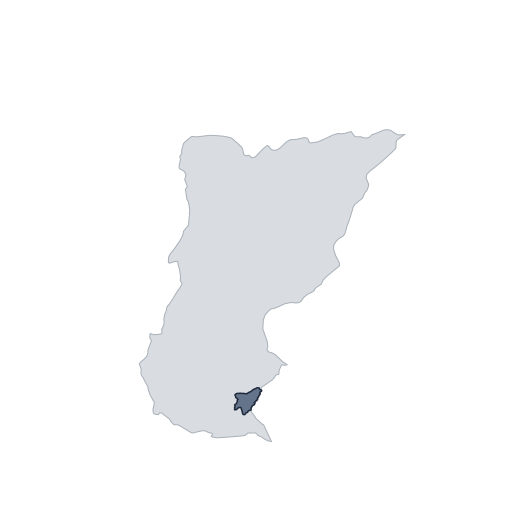 Bambio, Sangha-Mbaéré, Central African Republic (highlighted), rotated 308°
{"feature_id": "33826404B86044426841106", "entity_name": "Bambio", "entity_type": "district", "adm_level": 2, "iso_a3": "CAF", "parent_name": "Central African Republic", "parent_adm1": "Sangha-Mbaéré", "projection": "albers", "projection_center": [16.839, 3.876], "detail": "fine", "context": "in_parent", "style": "filled", "palette": "slate", "viewbox_px": 512, "rotation_deg": 308, "n_neighbors": 0, "source": "geoboundaries", "source_scale": "gbopen_adm2", "svg_char_len": 6441}
<svg xmlns="http://www.w3.org/2000/svg" viewBox="0 0 512 512"><g transform="rotate(308 256 256)"><path d="M345.4,195.7L349.7,196.7L350.4,198.0L349.3,202.3L350.1,204.9L352.5,207.2L355.0,208.1L357.3,208.6L365.4,209.9L368.7,211.5L373.2,216.4L378.8,220.9L380.2,223.3L379.9,225.5L378.3,228.1L378.6,229.2L381.2,231.9L384.1,234.5L389.5,237.5L398.8,242.2L403.1,245.3L404.6,247.7L407.0,250.3L410.3,252.6L412.6,254.4L411.1,259.7L411.6,261.4L412.4,262.8L414.4,264.9L415.2,267.5L417.2,270.8L419.5,272.2L423.3,272.8L425.3,274.3L429.6,276.8L433.7,279.0L435.4,280.6L436.5,282.0L437.5,283.6L438.0,285.2L438.1,288.7L438.8,293.1L441.1,296.1L443.1,298.3L434.8,295.8L433.5,295.8L432.1,296.2L427.8,299.4L426.4,299.8L420.9,299.2L407.6,296.9L397.4,294.6L394.3,293.8L388.9,293.0L385.3,294.7L382.0,300.3L381.0,301.4L375.7,303.1L373.2,302.7L367.1,304.3L357.6,302.1L354.2,302.5L351.5,303.7L344.7,306.3L340.6,307.8L335.8,309.2L331.3,311.2L328.2,312.3L325.2,312.4L322.5,311.2L319.5,310.3L315.9,310.1L312.2,310.7L309.1,313.0L307.9,314.6L305.2,318.8L302.0,325.7L300.7,327.1L299.6,327.8L284.7,324.5L278.3,323.7L274.0,324.8L268.6,322.9L266.2,322.6L265.1,323.2L262.1,322.4L257.2,320.0L252.5,319.1L248.3,319.4L245.7,318.6L243.6,316.4L240.9,312.2L236.1,308.1L229.6,304.8L225.5,302.3L223.9,300.6L220.4,299.7L215.1,299.5L210.0,301.2L202.6,306.4L195.8,317.1L192.0,321.1L189.0,322.2L188.2,324.8L189.7,328.9L190.1,333.6L189.1,341.5L189.5,347.3L187.9,346.4L186.3,343.7L185.6,343.2L181.0,344.4L178.7,345.5L177.4,346.6L176.5,346.7L175.1,345.3L173.9,345.0L172.1,345.3L170.3,345.3L169.2,345.1L168.4,345.2L166.2,344.3L158.5,342.1L157.1,341.3L155.6,341.4L151.6,343.4L149.4,343.9L143.0,345.1L136.1,345.7L133.5,345.8L131.7,346.6L130.5,347.8L128.4,355.2L127.8,356.5L127.9,358.3L127.3,364.2L127.6,366.1L119.3,382.4L117.9,379.7L117.1,376.5L116.8,372.9L116.9,371.9L116.4,370.8L115.7,367.8L116.4,365.9L115.8,363.9L114.2,361.9L112.8,360.4L111.9,359.0L111.2,358.5L109.6,358.3L107.5,357.6L98.4,348.0L88.8,337.3L86.9,333.8L86.1,331.8L88.5,331.5L89.1,331.2L89.1,330.2L87.7,327.5L87.0,324.0L85.8,321.8L82.1,318.6L78.5,316.0L77.4,314.8L76.8,312.9L75.4,301.3L74.8,298.1L73.7,296.6L72.9,295.9L72.6,295.1L72.8,293.1L73.2,291.2L73.2,290.5L74.2,288.9L74.2,278.2L73.1,276.7L70.9,276.7L69.8,275.1L68.9,273.1L69.1,271.8L71.2,269.6L72.6,268.7L76.6,267.0L77.8,266.2L78.5,265.1L78.9,263.7L81.3,258.2L84.8,252.7L86.3,251.6L89.8,243.5L90.7,241.5L91.3,239.4L92.4,237.8L96.3,235.0L99.2,230.3L102.3,230.5L105.5,231.3L109.7,231.7L112.9,230.7L115.0,228.9L125.0,225.7L125.8,223.1L127.4,221.7L129.2,220.6L129.8,220.4L130.0,221.3L131.1,223.9L133.4,226.6L136.7,229.5L137.7,229.3L139.7,227.1L145.0,225.7L146.3,225.1L150.0,221.9L154.5,219.8L157.1,219.1L161.6,217.0L164.8,217.3L169.9,216.9L178.5,215.9L184.7,215.5L187.9,215.1L188.7,214.7L189.9,211.6L190.8,210.8L193.1,209.4L197.7,204.7L200.7,200.8L201.6,199.4L202.2,199.1L203.5,197.5L202.2,195.8L197.1,192.3L197.2,191.8L196.9,191.2L197.1,190.8L199.1,189.3L201.7,187.7L204.5,187.1L211.8,187.2L218.1,186.8L219.5,186.9L224.4,186.1L227.7,185.3L231.1,183.6L238.9,183.8L245.3,179.5L247.2,178.7L248.0,178.0L248.2,177.4L251.2,175.7L254.6,172.2L257.3,169.0L258.0,166.8L265.2,159.2L267.8,159.4L269.0,158.4L271.9,153.4L272.8,152.5L275.8,151.6L277.2,150.1L278.4,147.9L278.4,145.1L277.8,142.9L277.8,141.9L278.5,140.9L279.7,139.9L285.2,137.2L286.6,135.9L287.4,134.7L289.0,134.5L290.7,134.6L291.8,133.8L293.0,132.6L296.8,130.9L300.3,129.6L304.1,130.1L310.8,131.7L312.9,135.3L313.9,136.5L322.3,144.9L323.9,146.9L328.1,153.1L330.7,157.2L333.6,163.1L333.9,166.4L333.6,169.2L333.1,177.0L332.3,179.3L328.7,183.6L328.5,185.5L329.3,187.1L330.4,187.7L331.1,188.5L330.7,192.2L332.1,193.6L334.8,194.6L341.8,195.2L345.4,195.7Z" fill="#d9dde1" stroke="#a8b0b8" stroke-width="1"/><path d="M154.0,339.9L153.3,338.6L152.8,338.0L152.0,337.5L151.2,337.4L150.4,336.7L149.6,336.3L149.0,336.1L148.4,336.0L147.9,335.7L147.2,335.7L145.4,335.2L145.0,334.7L143.6,334.1L143.2,334.0L142.4,333.9L142.2,333.7L141.6,333.2L141.2,332.7L140.9,332.3L140.2,331.0L138.7,329.0L138.1,327.9L137.3,327.3L136.4,326.0L135.7,325.4L134.5,325.0L133.6,324.9L133.0,326.0L132.0,327.3L132.1,328.9L132.0,330.0L131.6,330.0L130.8,330.0L130.5,330.3L129.7,331.0L128.6,331.1L128.0,331.3L127.4,331.3L126.9,331.3L126.5,331.2L126.2,331.0L125.9,330.8L125.6,330.9L124.7,332.0L124.2,332.2L123.9,332.2L123.6,332.3L123.4,332.4L123.1,332.7L123.0,333.0L122.7,333.2L122.5,333.3L122.2,333.5L121.9,333.5L121.7,333.7L121.7,333.9L121.9,334.0L122.3,334.4L122.5,334.7L122.9,335.2L123.7,335.3L124.4,335.3L125.0,335.4L125.7,335.7L126.0,335.9L126.6,336.4L127.0,336.8L127.3,337.4L124.6,341.3L124.3,341.6L124.1,341.9L123.8,342.1L123.6,342.5L123.4,342.9L123.3,343.2L123.3,343.5L123.3,343.8L123.5,344.1L123.7,344.4L123.9,344.5L124.1,344.7L124.4,344.9L124.8,344.9L125.1,344.9L125.4,344.8L125.6,344.8L126.1,344.7L126.4,344.8L126.6,344.9L126.8,345.2L127.2,345.3L127.5,345.4L127.8,345.5L128.1,345.5L128.7,345.3L128.8,345.4L129.1,345.4L129.3,345.5L129.9,345.6L130.0,345.6L130.3,346.0L130.5,346.2L130.9,346.5L131.6,346.9L131.8,346.8L132.0,346.7L132.3,346.4L132.5,346.2L132.8,346.0L133.0,345.9L133.2,345.7L133.4,345.7L133.5,345.7L133.8,345.6L134.1,345.5L134.4,345.5L134.6,345.5L134.8,345.5L135.1,345.5L135.3,345.5L135.6,345.4L135.9,345.3L136.0,345.3L136.3,345.4L136.4,345.5L136.5,345.6L136.8,345.7L136.9,345.8L137.0,345.9L137.1,346.0L137.4,346.1L137.6,346.1L137.8,346.0L138.0,346.0L138.3,346.0L138.5,346.0L138.8,346.1L139.1,346.0L139.2,345.9L139.2,345.7L139.1,345.4L139.1,345.2L139.2,344.9L139.4,344.9L139.5,344.9L139.9,345.0L140.0,345.0L140.3,345.1L140.5,345.2L140.8,345.2L141.0,345.2L141.3,345.1L141.6,345.1L141.8,345.1L142.0,345.3L142.2,345.5L142.3,345.6L142.6,345.7L142.9,345.6L143.0,345.6L143.3,345.4L143.4,345.5L143.6,345.5L143.9,345.6L144.0,345.6L144.2,345.4L144.3,345.3L144.4,345.2L144.5,345.1L144.6,344.9L144.8,344.7L145.0,344.6L145.3,344.6L145.5,344.6L145.7,344.8L145.9,344.8L146.1,344.8L146.3,344.8L146.4,344.7L146.6,344.7L146.8,344.6L147.0,344.5L147.2,344.4L147.4,344.3L147.6,344.3L147.9,344.4L148.0,344.5L148.3,344.5L148.5,344.4L148.8,344.3L149.2,344.3L149.3,344.3L149.5,344.3L149.8,344.3L149.9,344.2L150.0,344.0L150.1,343.9L150.2,343.7L150.3,343.5L150.3,343.4L150.5,343.2L150.8,343.1L151.0,343.0L151.4,343.0L151.5,343.1L151.8,343.2L152.0,343.2L152.1,343.3L152.3,343.5L152.6,343.6L152.8,343.6L153.1,343.5L153.2,343.4L153.3,343.4L153.5,343.1L153.7,342.9L153.3,341.3L153.4,340.7L153.8,340.1L154.0,339.9Z" fill="#64748b" stroke="#1e293b" stroke-width="1.5"/></g></svg>